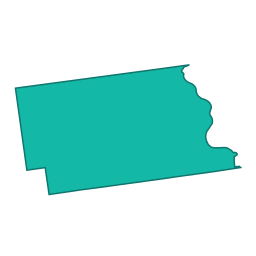 the district of Woodbury, Iowa, United States of America, rotated 172°
{"feature_id": "52423323B54538757084750", "entity_name": "Woodbury", "entity_type": "district", "adm_level": 2, "iso_a3": "USA", "parent_name": "United States of America", "parent_adm1": "Iowa", "projection": "robinson", "projection_center": [-96.343, 42.387], "detail": "fine", "context": "isolated", "style": "filled", "palette": "teal", "viewbox_px": 256, "rotation_deg": 172, "n_neighbors": 0, "source": "geoboundaries", "source_scale": "gbopen_adm2", "svg_char_len": 1019}
<svg xmlns="http://www.w3.org/2000/svg" viewBox="0 0 256 256"><g transform="rotate(172 128 128)"><path d="M185.2,73.3L155.0,73.1L94.8,72.9L89.8,73.0L47.0,72.9L22.0,73.2L23.1,74.5L27.6,74.7L27.6,77.7L27.4,81.2L26.9,83.0L27.1,84.1L26.9,84.7L24.1,86.0L23.5,86.9L24.3,88.4L25.9,89.1L27.0,88.9L27.5,89.3L28.5,91.2L32.9,94.7L35.7,95.3L41.2,95.8L43.8,96.1L44.9,96.3L48.3,97.4L50.9,100.4L51.0,100.8L52.1,104.4L52.4,107.6L52.2,109.2L51.3,112.1L50.4,113.6L44.3,120.4L43.8,121.3L43.3,123.7L43.4,125.9L44.9,129.6L45.1,131.3L43.7,134.5L42.9,135.9L42.7,136.8L42.6,138.1L42.7,139.1L43.7,141.6L45.2,143.5L46.5,144.5L48.2,145.6L51.3,147.1L53.6,149.5L54.5,150.8L54.9,151.9L55.1,152.7L55.3,154.1L55.3,157.8L56.0,159.7L57.3,161.6L58.4,162.7L62.2,165.0L63.6,166.3L64.8,168.0L65.5,169.5L65.8,171.0L65.4,173.6L65.2,174.1L67.0,176.2L67.0,176.8L66.8,177.3L64.6,179.9L63.6,180.8L62.8,181.0L61.3,181.2L58.4,182.0L85.3,182.1L233.9,183.1L234.0,100.3L215.5,100.3L215.4,73.1L185.2,73.3Z" fill="#14b8a6" stroke="#0f766e" stroke-width="1.5"/></g></svg>